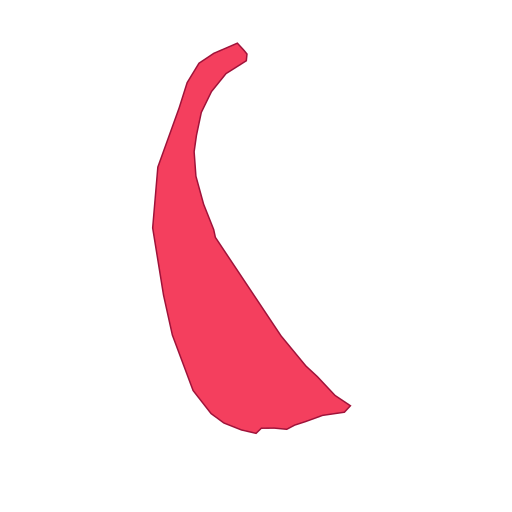 the district of Satowan, Federated States of Micronesia, rotated 131°
{"feature_id": "79324940B12415749846105", "entity_name": "Satowan", "entity_type": "district", "adm_level": 2, "iso_a3": "FSM", "parent_name": "Federated States of Micronesia", "parent_adm1": "", "projection": "natural_earth1", "projection_center": [153.731, 5.329], "detail": "fine", "context": "isolated", "style": "filled", "palette": "rose", "viewbox_px": 512, "rotation_deg": 131, "n_neighbors": 0, "source": "geoboundaries", "source_scale": "gbopen_adm2", "svg_char_len": 636}
<svg xmlns="http://www.w3.org/2000/svg" viewBox="0 0 512 512"><g transform="rotate(131 256 256)"><path d="M307.1,86.5L309.4,104.9L306.8,130.4L306.3,146.2L299.9,184.6L268.6,298.9L263.8,305.3L251.3,329.5L235.2,353.7L217.9,371.1L204.0,380.1L183.5,391.5L161.1,397.5L138.0,398.3L115.0,391.4L109.5,395.3L108.7,399.9L107.6,409.7L130.7,420.8L147.9,425.5L170.3,421.7L194.5,411.2L253.3,388.4L302.6,352.4L346.2,300.1L370.5,267.3L398.8,215.2L404.4,186.5L403.1,170.7L396.8,152.8L389.8,139.6L382.5,139.0L373.9,129.3L366.6,119.1L358.3,115.9L348.5,110.0L332.6,101.2L315.9,86.8L307.1,86.5Z" fill="#f43f5e" stroke="#9f1239" stroke-width="1.5"/></g></svg>